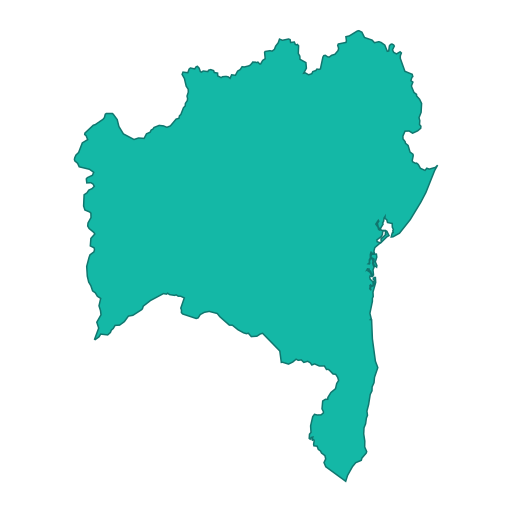 an SVG outline of Bahia
{"feature_id": "BRA-624", "entity_name": "Bahia", "entity_type": "State", "adm_level": 1, "iso_a3": "BRA", "parent_name": "Brazil", "parent_adm1": "", "projection": "natural_earth1", "projection_center": [-41.603, -13.426], "detail": "fine", "context": "isolated", "style": "filled", "palette": "teal", "viewbox_px": 512, "rotation_deg": 0, "n_neighbors": 0, "source": "natural_earth", "source_scale": "10m", "svg_char_len": 5937}
<svg xmlns="http://www.w3.org/2000/svg" viewBox="0 0 512 512"><path d="M429.2,169.1L435.4,167.4L437.6,165.2L434.7,170.4L425.9,192.5L420.7,202.4L410.2,219.7L399.5,233.2L393.0,236.8L391.2,237.0L392.2,233.1L393.0,232.3L393.4,233.2L392.8,230.8L393.4,229.4L392.3,227.2L392.2,223.5L387.5,222.5L386.7,219.6L384.9,218.5L385.0,216.5L384.0,218.1L383.6,221.4L382.6,223.0L383.1,224.1L380.4,228.6L378.9,228.2L378.2,226.8L377.4,223.4L378.8,221.2L378.3,220.3L375.8,224.1L378.0,227.2L378.6,229.4L379.6,230.1L380.8,229.3L381.3,230.4L383.6,230.4L382.6,232.2L382.4,234.6L381.2,236.6L376.9,239.9L377.1,241.7L380.4,242.8L374.8,247.6L373.9,251.2L374.5,253.3L371.2,253.1L371.2,251.5L370.3,254.6L370.4,257.8L369.3,259.9L369.4,262.8L368.2,263.8L369.3,264.0L369.7,263.4L369.5,261.1L370.4,259.0L371.2,258.5L372.3,259.1L373.0,261.1L372.6,263.3L374.0,267.2L373.0,269.9L373.5,274.7L372.6,274.7L371.5,273.7L370.6,271.2L369.3,270.3L369.1,269.0L367.5,268.8L366.8,270.1L368.1,269.5L368.1,271.1L369.9,272.1L371.4,274.9L372.9,275.9L372.3,276.7L370.0,276.1L369.7,277.3L370.2,279.3L372.8,281.6L373.4,285.0L371.5,285.8L370.5,284.9L369.9,285.7L370.3,286.8L369.7,288.7L371.1,290.3L370.1,287.3L374.3,285.3L373.8,281.6L374.5,280.5L373.1,279.0L374.1,277.5L375.4,277.5L375.7,282.4L373.0,292.0L373.2,296.6L372.4,298.2L372.4,301.3L369.9,313.3L371.2,318.7L370.4,319.6L371.6,319.8L372.4,338.9L375.4,361.2L377.8,367.6L374.5,377.3L374.0,382.7L372.1,386.9L372.0,390.8L370.2,394.4L368.6,404.6L366.9,411.1L367.5,415.3L366.4,418.0L365.6,423.8L364.0,427.8L363.7,433.9L364.8,441.1L364.7,447.0L366.7,451.6L366.2,453.1L361.9,458.1L361.3,460.3L355.7,462.7L352.5,466.6L347.6,475.3L345.7,481.3L325.8,466.8L324.0,462.6L325.7,458.9L324.9,455.6L321.5,453.0L320.5,451.0L318.3,449.4L317.1,446.2L313.9,445.8L313.6,444.2L314.2,440.7L313.6,439.6L312.4,440.2L312.0,439.6L312.8,437.1L311.2,437.5L310.2,439.2L309.2,438.4L309.5,434.2L311.0,432.4L310.6,425.9L312.7,416.7L314.5,414.3L317.1,415.0L321.0,414.9L323.4,412.9L323.4,411.6L322.0,408.8L322.7,401.0L325.4,399.3L327.7,399.3L327.9,397.4L330.9,392.5L335.5,388.7L336.7,383.5L338.6,380.5L337.7,377.4L335.7,374.3L333.0,374.0L329.2,370.0L328.0,369.3L326.5,369.5L324.4,366.0L319.3,366.0L314.6,363.9L311.8,365.0L310.3,362.8L307.7,361.3L303.8,362.4L301.3,359.9L298.2,360.3L296.1,359.2L292.8,362.0L288.5,364.1L282.4,362.2L281.3,362.4L279.8,351.0L262.6,333.3L260.4,333.9L256.9,336.2L251.3,336.6L248.3,333.2L246.5,333.7L243.5,332.8L237.9,329.7L232.4,325.2L229.3,325.1L219.8,316.7L217.3,313.5L209.2,311.4L204.4,312.3L200.3,314.5L198.1,317.9L196.2,318.5L182.7,314.0L181.4,312.6L181.5,310.0L180.8,308.1L184.3,297.9L180.6,296.2L178.2,296.2L176.1,294.8L174.8,295.4L169.6,294.6L167.6,293.2L166.6,294.1L163.4,293.6L150.5,300.5L143.3,306.1L142.4,308.8L141.6,309.7L132.9,315.3L128.4,316.1L124.4,321.6L119.6,325.1L115.1,325.4L113.2,328.5L111.3,330.2L110.4,332.5L107.7,334.9L100.7,334.1L99.0,336.9L95.2,339.6L94.6,339.2L98.7,328.1L96.8,322.2L101.0,314.8L100.5,310.7L99.0,305.8L100.7,298.4L97.4,296.3L95.3,292.8L92.6,290.9L90.8,285.6L88.7,282.1L87.3,276.2L86.7,266.4L89.0,257.6L90.0,254.8L93.9,251.9L94.5,249.8L94.1,247.8L90.3,245.9L90.9,238.4L94.8,234.0L93.8,232.4L89.1,228.5L87.7,226.0L88.0,223.0L91.0,217.6L90.9,213.2L89.7,212.0L84.9,210.0L83.6,206.0L84.1,194.8L87.0,192.8L88.8,190.1L92.1,188.6L94.3,186.3L93.0,184.0L90.9,182.7L86.8,182.9L86.3,178.9L87.4,177.6L92.4,175.3L93.7,172.3L89.5,169.3L79.2,166.8L77.6,163.3L74.8,160.9L74.4,159.4L74.8,157.6L76.0,155.0L78.6,152.5L82.3,142.9L87.7,139.6L86.0,135.5L84.7,134.6L84.9,133.1L93.3,125.2L95.3,124.6L103.0,119.3L104.4,117.6L105.3,114.2L106.3,113.5L112.4,113.5L113.3,114.3L117.2,119.6L118.9,126.5L123.4,133.9L134.0,139.5L138.5,138.0L144.1,138.4L146.5,133.8L150.1,132.2L151.2,130.0L152.9,129.1L154.0,127.5L159.2,125.4L163.5,125.9L166.9,127.3L170.4,125.9L176.1,119.1L178.9,118.3L179.5,115.7L180.8,114.6L183.5,107.7L185.2,106.0L185.4,103.4L187.3,100.6L187.6,98.5L187.0,96.1L188.3,92.2L188.2,89.2L186.2,86.2L184.4,78.5L182.1,74.4L183.0,72.1L187.8,72.7L189.1,69.1L190.4,68.0L194.7,68.9L196.1,66.8L197.4,66.3L199.1,68.1L200.3,71.5L201.3,72.2L203.2,71.0L207.8,71.6L208.6,70.2L210.7,69.6L213.6,70.6L214.3,72.5L217.6,73.1L217.7,75.9L221.1,77.6L222.6,76.7L226.1,76.4L228.1,76.8L230.1,78.3L231.6,74.8L235.4,75.3L237.6,71.1L240.2,69.6L242.1,66.7L244.2,67.0L248.7,65.9L250.4,65.0L253.0,61.9L254.0,62.5L254.9,62.0L256.6,62.6L257.9,62.1L259.7,64.0L260.6,64.0L262.7,60.4L265.2,58.7L264.6,52.4L265.1,51.5L269.9,50.7L272.1,51.1L274.4,49.4L275.6,46.2L278.2,42.8L279.5,39.1L282.4,40.3L288.6,39.0L290.1,39.6L290.6,42.5L294.3,42.0L295.3,44.4L296.4,44.9L297.3,44.4L298.6,45.8L298.3,53.5L299.8,56.1L300.0,59.3L305.9,62.6L306.4,68.2L303.7,73.2L305.3,72.9L308.6,74.8L311.8,73.7L312.8,71.6L315.9,70.5L316.9,69.1L319.2,69.4L320.4,68.9L322.9,57.1L323.8,55.6L325.3,55.3L327.5,56.8L329.2,57.1L331.6,55.3L334.9,54.3L338.1,50.5L338.6,48.2L337.7,45.4L338.3,44.0L346.0,42.4L346.4,40.6L345.9,36.7L349.3,35.9L357.3,31.0L358.9,30.7L361.9,32.2L364.5,37.5L372.1,40.1L374.5,42.7L378.9,41.7L381.2,42.5L384.8,45.1L387.3,51.3L388.7,51.0L389.4,45.9L390.5,44.5L391.9,44.0L393.6,44.9L394.3,46.1L392.5,49.9L393.7,52.4L396.5,53.9L400.1,51.8L401.4,53.0L400.3,55.8L400.3,58.4L404.9,71.3L412.2,74.3L412.8,76.6L411.9,77.4L410.9,80.7L412.9,82.1L411.5,85.7L411.6,86.7L414.0,92.5L416.5,94.3L416.6,96.0L419.6,99.3L421.6,103.5L421.1,112.3L419.0,117.7L419.8,120.7L419.5,124.5L420.9,126.2L420.7,128.3L417.6,130.9L412.6,133.2L409.1,131.0L405.0,131.2L402.9,136.1L403.0,138.9L405.1,141.6L405.5,143.3L408.1,145.5L410.0,152.0L413.0,154.3L413.2,155.8L412.2,160.7L412.8,161.9L415.5,163.3L416.6,163.1L418.3,164.5L420.4,168.3L425.0,170.4L426.8,168.2L429.2,169.1ZM371.5,254.3L376.4,254.1L376.8,257.1L375.3,261.8L376.9,265.6L376.6,267.1L375.8,266.4L374.7,266.5L373.5,263.8L374.0,259.1L370.9,257.3L371.5,254.3ZM386.9,231.3L389.0,235.6L386.9,236.8L381.2,242.4L381.0,238.9L385.8,234.5L385.3,233.9L385.8,232.8L384.7,230.7L385.3,230.4L386.9,231.3Z" fill="#14b8a6" stroke="#0f766e" stroke-width="1.5"/></svg>